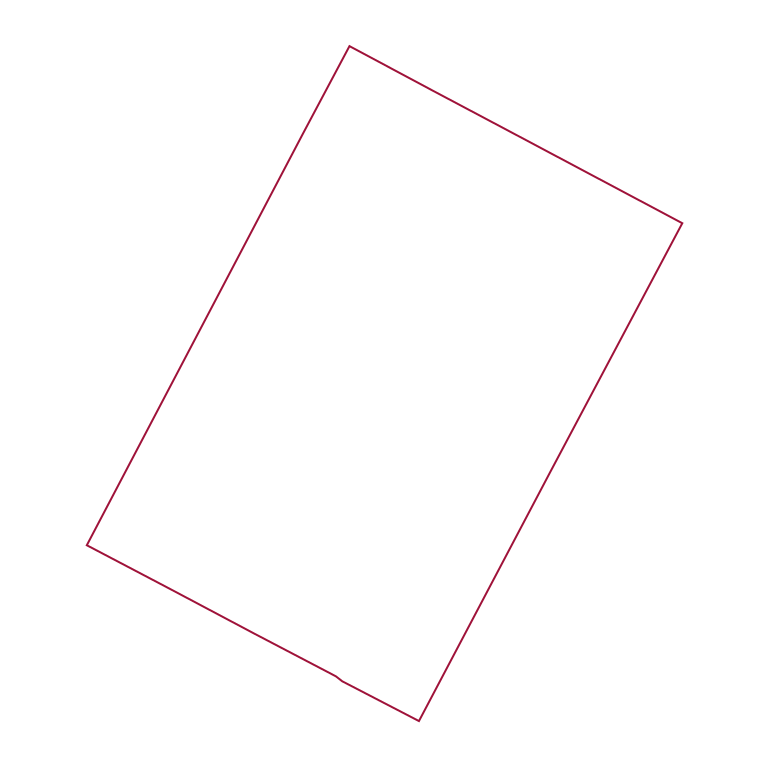 Kingman, Kansas, United States of America, rotated 118°
{"feature_id": "52423323B43216783054971", "entity_name": "Kingman", "entity_type": "district", "adm_level": 2, "iso_a3": "USA", "parent_name": "United States of America", "parent_adm1": "Kansas", "projection": "mercator", "projection_center": [-98.077, 37.559], "detail": "fine", "context": "isolated", "style": "outline", "palette": "rose", "viewbox_px": 768, "rotation_deg": 118, "n_neighbors": 0, "source": "geoboundaries", "source_scale": "gbopen_adm2", "svg_char_len": 322}
<svg xmlns="http://www.w3.org/2000/svg" viewBox="0 0 768 768"><g transform="rotate(118 384 384)"><path d="M665.9,570.7L665.4,475.8L665.3,381.1L664.7,289.2L666.1,281.3L665.2,194.9L383.7,195.9L102.0,196.1L102.0,385.3L102.1,479.3L101.9,573.1L200.6,573.1L665.9,570.7Z" fill="none" stroke="#9f1239" stroke-width="2"/></g></svg>